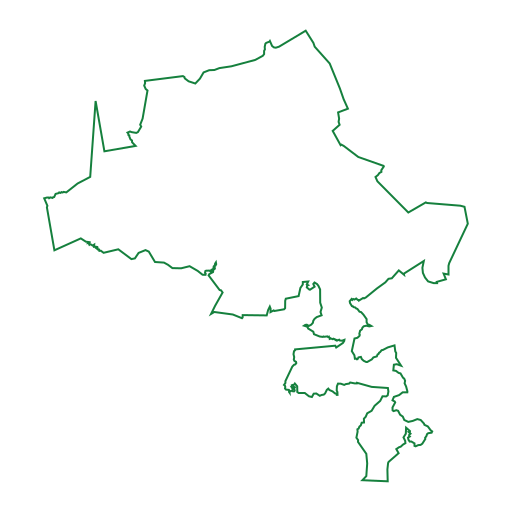 Tlapa de Comonfort, Guerrero, Mexico (orthographic projection)
{"feature_id": "50627088B88355080019146", "entity_name": "Tlapa de Comonfort", "entity_type": "district", "adm_level": 2, "iso_a3": "MEX", "parent_name": "Mexico", "parent_adm1": "Guerrero", "projection": "orthographic", "projection_center": [-98.572, 17.528], "detail": "fine", "context": "isolated", "style": "outline", "palette": "green", "viewbox_px": 512, "rotation_deg": 0, "n_neighbors": 0, "source": "geoboundaries", "source_scale": "gbopen_adm2", "svg_char_len": 6047}
<svg xmlns="http://www.w3.org/2000/svg" viewBox="0 0 512 512"><path d="M329.7,63.5L314.7,46.7L313.4,42.9L305.7,30.7L279.0,46.7L275.8,47.7L273.9,47.4L272.1,46.0L269.9,41.0L269.5,41.6L266.2,42.9L265.4,43.7L264.7,46.9L264.9,49.4L264.1,50.9L264.1,54.1L262.8,55.8L255.3,59.9L231.4,66.3L219.4,68.1L214.4,70.0L209.2,70.2L203.6,72.4L199.9,78.7L195.3,83.5L188.6,81.3L184.8,78.4L184.4,77.0L182.9,76.1L144.9,80.9L145.1,83.2L144.2,85.6L145.7,89.0L147.5,90.5L142.6,118.6L140.2,124.7L141.2,126.6L137.9,132.1L136.3,132.9L131.5,132.1L130.0,131.5L127.5,132.6L128.3,133.6L128.4,135.0L129.3,135.4L129.3,136.5L130.5,139.4L132.0,140.5L132.1,142.3L135.6,145.9L104.4,151.3L95.6,101.0L90.2,176.9L77.6,183.5L66.3,192.4L63.6,191.9L62.7,192.5L61.5,192.1L60.6,192.9L59.2,192.4L58.7,193.1L55.6,193.9L54.2,197.0L52.5,197.5L52.4,197.9L50.4,197.4L49.1,198.2L48.7,197.5L47.1,197.5L44.2,198.3L47.4,205.8L46.9,207.3L54.4,250.3L80.8,238.4L85.9,241.7L89.0,242.1L88.2,243.1L89.4,243.0L89.0,243.9L89.4,244.8L90.1,244.3L91.2,244.6L92.6,245.6L94.2,244.6L94.0,246.8L95.2,246.7L95.6,247.7L96.4,248.3L96.3,246.8L97.3,247.0L97.8,248.9L98.2,249.7L99.1,249.6L99.4,250.9L100.8,250.7L103.6,252.8L118.3,249.3L131.4,259.1L134.9,258.4L138.6,252.9L145.5,250.1L148.8,251.6L155.0,262.0L164.0,262.6L168.0,264.8L172.4,268.1L181.1,268.3L189.6,266.2L197.7,270.9L202.5,274.7L203.2,274.8L205.5,274.8L205.7,273.7L205.0,272.8L205.4,271.0L206.1,270.7L209.3,270.6L210.7,271.5L211.4,270.7L211.4,269.8L212.6,269.4L213.4,268.5L213.7,266.4L214.8,265.3L215.1,263.6L215.9,262.4L216.2,264.2L215.4,265.7L214.3,266.3L214.9,268.3L214.6,269.0L213.5,269.4L213.0,272.1L209.3,274.1L208.6,275.4L219.6,290.0L221.0,290.3L222.6,292.5L215.1,305.8L211.1,313.9L214.3,312.0L232.8,314.5L242.0,318.2L242.6,317.5L242.7,315.1L266.7,315.4L268.1,310.1L269.8,306.6L270.6,308.7L270.5,312.1L273.7,310.4L274.3,311.0L284.1,309.3L285.1,308.2L285.2,300.8L285.8,298.7L298.6,296.1L300.4,287.9L302.8,284.5L302.8,282.0L308.2,281.5L306.8,284.4L308.1,285.2L307.1,285.7L306.8,287.4L309.4,289.6L310.0,289.7L314.6,286.7L313.3,284.0L314.5,282.5L317.1,284.1L318.4,285.8L320.1,289.4L320.2,302.7L321.8,307.6L320.5,312.0L321.6,315.3L316.7,317.1L314.6,318.8L313.3,320.7L312.9,322.8L311.2,324.7L308.9,325.9L306.8,324.7L305.3,324.9L304.1,325.7L306.7,326.5L307.7,327.3L308.1,328.5L313.3,331.7L314.0,334.2L319.7,336.5L322.7,336.9L323.4,336.5L323.9,336.8L327.5,336.4L328.0,337.0L328.7,336.8L328.6,337.3L329.8,337.8L329.8,338.9L330.9,338.5L332.8,339.2L333.4,338.7L335.0,339.3L335.5,340.1L336.6,339.9L337.0,340.6L339.2,339.7L339.8,340.5L342.0,340.7L344.4,339.8L344.2,341.0L342.9,343.0L336.2,347.5L335.3,345.7L295.1,349.4L295.1,350.2L294.0,351.2L293.5,354.2L294.2,357.1L293.8,359.6L294.5,361.0L296.0,361.8L296.3,363.1L295.3,364.4L294.0,364.8L292.3,366.6L285.4,381.1L285.4,383.0L284.0,384.9L284.9,385.6L285.3,386.9L285.0,388.5L286.0,389.6L288.9,389.9L289.2,390.5L289.0,391.9L289.5,392.6L289.4,391.7L289.9,391.0L290.8,391.2L292.0,390.5L292.9,391.3L294.2,391.3L294.7,390.6L294.4,389.4L292.5,388.6L291.9,387.6L293.9,388.3L295.5,386.8L293.6,387.7L293.2,385.6L291.0,385.5L294.5,384.4L294.9,383.6L297.2,386.3L297.3,392.0L298.7,393.0L304.8,393.0L309.0,396.3L311.9,397.0L313.7,393.7L316.3,393.5L319.8,395.8L321.5,395.0L323.8,394.6L325.1,393.4L326.8,389.9L328.3,388.6L329.4,390.0L332.6,391.4L335.0,393.4L336.2,393.5L336.7,394.9L337.5,394.9L337.4,392.0L336.7,390.5L336.9,386.3L338.0,383.6L340.8,383.7L344.2,384.9L345.8,384.1L349.1,383.6L350.2,382.5L354.7,383.4L356.9,383.4L357.0,382.8L371.7,386.9L387.9,388.0L388.4,391.5L387.7,395.3L386.2,396.4L382.5,396.3L380.2,400.9L374.6,405.8L371.6,410.8L367.2,413.3L365.7,416.8L363.9,418.7L364.0,422.5L361.7,422.7L360.8,425.4L359.4,426.6L358.6,428.6L357.4,429.3L357.6,431.7L356.4,437.7L358.1,440.1L358.0,441.9L366.3,453.8L367.2,463.5L366.3,476.1L362.4,480.2L387.7,481.3L387.4,469.4L388.1,463.0L388.6,461.9L398.6,453.2L396.3,449.1L399.1,447.2L400.7,446.7L403.1,444.5L405.4,443.2L405.2,440.9L403.5,437.4L405.8,433.7L406.1,427.7L410.0,431.1L409.9,431.7L408.7,432.0L410.5,433.7L409.2,434.8L409.1,435.8L409.8,436.5L408.0,437.6L408.5,439.8L409.7,441.6L411.3,441.5L414.5,443.4L414.5,445.9L415.6,446.3L418.3,445.1L420.6,444.9L422.3,443.7L425.3,439.0L425.1,437.9L426.5,435.9L427.0,434.2L428.2,433.2L431.6,432.7L432.2,431.4L430.7,430.3L427.8,426.4L424.4,424.8L424.0,423.6L420.7,420.0L417.3,419.1L412.8,420.9L408.3,421.9L404.3,420.0L402.8,416.6L400.1,414.7L398.1,410.8L396.3,410.2L393.6,411.1L392.6,410.4L392.5,407.5L395.2,402.4L394.7,401.5L392.5,400.3L393.9,396.9L399.1,395.1L402.7,392.3L407.3,392.3L407.4,391.4L406.1,386.5L404.6,383.3L405.1,380.8L404.2,378.6L403.0,377.7L400.5,373.4L398.6,372.9L396.0,370.9L393.3,370.4L393.9,364.7L396.8,364.2L401.1,365.7L396.0,357.8L396.2,353.0L395.3,351.4L394.5,345.4L387.8,347.4L382.8,350.0L381.6,350.2L380.1,352.1L379.1,352.7L378.6,353.9L377.6,354.4L376.8,356.4L373.4,357.4L371.8,359.4L367.2,362.0L366.2,362.0L363.7,360.8L361.8,359.1L360.9,356.9L358.5,357.4L357.5,359.2L356.7,359.3L355.9,358.5L354.9,358.7L354.4,355.3L351.8,351.1L354.5,338.5L357.4,337.8L359.4,336.0L359.8,334.9L359.3,333.9L360.1,330.7L361.9,329.3L362.4,327.7L363.7,326.3L366.3,325.7L369.3,326.4L371.3,326.0L369.3,324.8L368.3,324.8L367.6,324.0L366.6,322.3L366.6,319.1L363.5,314.7L361.1,312.1L359.5,311.7L357.4,308.9L356.2,308.5L355.3,307.5L353.5,307.1L352.9,306.3L351.9,306.1L350.0,303.0L349.7,301.2L351.6,299.0L352.3,299.9L353.2,299.0L354.5,299.5L356.2,298.5L357.7,299.9L359.2,300.0L359.2,300.4L363.1,298.0L364.0,298.4L365.8,297.5L377.0,288.4L385.3,282.4L388.5,278.8L391.8,278.3L398.8,270.4L404.0,274.7L403.8,273.7L423.8,261.0L422.4,267.8L422.9,272.9L425.0,277.5L428.1,281.4L433.6,283.1L437.0,283.1L436.7,281.9L445.9,279.3L443.6,273.6L448.5,274.5L448.5,265.8L449.2,263.1L467.8,223.7L464.5,206.8L460.3,205.7L427.0,203.0L425.8,202.4L408.3,212.5L377.4,181.3L375.5,177.0L377.9,175.1L379.4,173.0L381.4,171.9L381.3,170.2L383.8,166.5L383.6,165.9L358.3,157.0L343.7,145.9L341.3,144.6L340.6,145.2L332.7,130.9L339.6,124.8L338.6,121.9L339.1,118.6L338.1,112.4L347.9,108.7L343.6,99.1L339.9,88.5L329.7,63.5Z" fill="none" stroke="#15803d" stroke-width="2"/></svg>